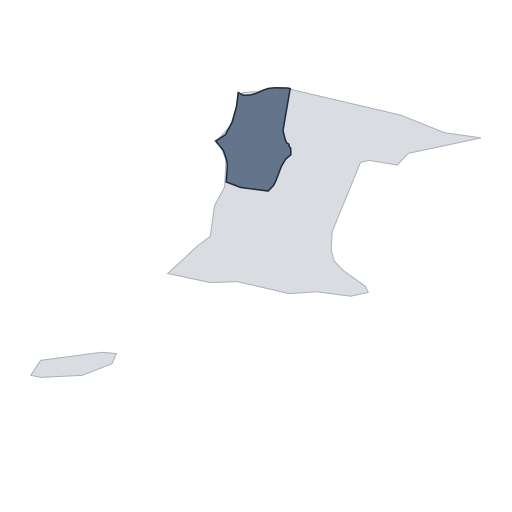 Rio Claro-Mayaro highlighted on a map of Trinidad and Tobago, rotated 195°
{"feature_id": "TTO-55", "entity_name": "Rio Claro-Mayaro", "entity_type": "Region", "adm_level": 1, "iso_a3": "TTO", "parent_name": "Trinidad and Tobago", "parent_adm1": "", "projection": "mercator", "projection_center": [-61.112, 10.272], "detail": "fine", "context": "in_parent", "style": "filled", "palette": "slate", "viewbox_px": 512, "rotation_deg": 195, "n_neighbors": 0, "source": "natural_earth", "source_scale": "10m", "svg_char_len": 1069}
<svg xmlns="http://www.w3.org/2000/svg" viewBox="0 0 512 512"><g transform="rotate(195 256 256)"><path d="M311.1,410.4L267.2,425.9L153.0,429.5L105.6,423.9L69.3,428.3L135.4,394.6L143.2,380.4L171.3,377.7L179.3,373.5L188.7,299.1L185.0,281.4L179.4,271.6L168.1,264.6L142.5,255.0L138.2,249.8L154.3,241.6L188.6,237.1L214.3,228.2L267.4,226.4L293.1,218.5L336.7,216.2L315.3,250.4L305.2,263.1L309.1,293.9L304.2,314.7L309.9,341.1L322.9,358.4L314.5,375.4L313.3,401.2L311.1,410.4ZM380.3,123.0L365.6,125.7L367.3,114.7L393.1,95.7L432.6,83.0L442.7,82.5L437.0,99.5L380.3,123.0Z" fill="#d9dde1" stroke="#a8b0b8" stroke-width="1"/><path d="M304.0,319.8L306.8,335.0L308.1,338.8L310.0,342.3L314.8,349.5L324.8,356.6L317.0,365.1L313.6,379.3L313.5,395.3L315.5,409.3L309.6,408.0L303.1,410.0L297.0,413.8L292.2,417.9L287.4,421.1L281.3,423.4L269.1,426.4L266.3,426.6L262.4,384.1L258.0,376.2L255.5,373.1L253.2,372.6L252.2,370.3L250.4,369.1L248.5,362.9L252.4,357.2L254.6,349.7L256.2,334.0L257.4,328.5L261.0,321.9L288.6,318.2L304.0,319.8Z" fill="#64748b" stroke="#1e293b" stroke-width="1.5"/></g></svg>